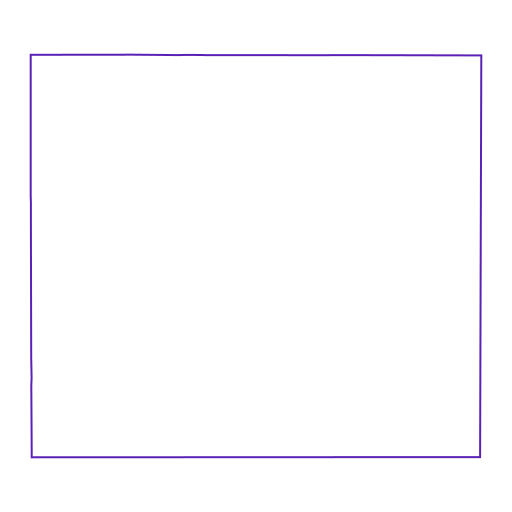 Cheyenne, Kansas, United States of America
{"feature_id": "52423323B56945179963975", "entity_name": "Cheyenne", "entity_type": "district", "adm_level": 2, "iso_a3": "USA", "parent_name": "United States of America", "parent_adm1": "Kansas", "projection": "equal_earth", "projection_center": [-101.838, 39.786], "detail": "fine", "context": "isolated", "style": "outline", "palette": "violet", "viewbox_px": 512, "rotation_deg": 0, "n_neighbors": 0, "source": "geoboundaries", "source_scale": "gbopen_adm2", "svg_char_len": 392}
<svg xmlns="http://www.w3.org/2000/svg" viewBox="0 0 512 512"><path d="M480.1,457.1L481.3,55.4L476.9,55.4L389.0,55.2L330.3,55.1L329.4,55.2L204.3,55.1L202.4,55.0L185.2,54.9L178.9,55.1L134.5,54.7L125.7,54.7L30.7,54.8L30.7,196.5L30.9,202.3L30.9,211.7L30.9,225.0L31.2,357.7L31.6,377.9L31.3,385.1L31.6,434.9L31.7,451.8L31.7,457.3L480.1,457.1Z" fill="none" stroke="#5b21b6" stroke-width="2"/></svg>